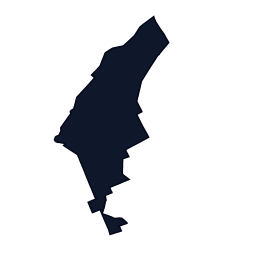 Manastirea, Calarasi, Romania (Natural Earth projection), rotated 246°
{"feature_id": "2599482B98336508905768", "entity_name": "Manastirea", "entity_type": "district", "adm_level": 2, "iso_a3": "ROU", "parent_name": "Romania", "parent_adm1": "Calarasi", "projection": "natural_earth1", "projection_center": [26.829, 44.21], "detail": "fine", "context": "isolated", "style": "filled", "palette": "ink", "viewbox_px": 256, "rotation_deg": 246, "n_neighbors": 0, "source": "geoboundaries", "source_scale": "gbopen_adm2", "svg_char_len": 4909}
<svg xmlns="http://www.w3.org/2000/svg" viewBox="0 0 256 256"><g transform="rotate(246 128 128)"><path d="M41.4,88.4L41.6,88.5L41.9,88.4L42.0,88.4L42.7,88.1L43.3,87.9L43.7,87.7L44.9,87.2L47.0,86.1L47.4,85.9L47.6,85.8L47.9,85.7L48.0,85.6L48.1,85.4L48.5,84.7L49.0,83.9L49.2,83.5L49.4,83.2L49.5,82.7L50.0,81.2L50.2,80.5L50.3,80.1L50.4,79.9L51.1,78.7L51.3,78.3L51.4,78.2L51.5,78.1L51.9,77.9L52.0,77.8L52.2,77.6L52.3,77.5L52.4,77.4L52.6,77.3L52.8,77.2L53.0,77.0L53.3,76.8L53.5,76.5L53.9,76.2L54.3,75.6L54.6,75.4L54.8,75.3L54.9,75.2L55.0,75.1L55.1,74.9L55.4,74.6L56.1,73.9L57.3,72.7L58.2,71.7L58.4,71.5L58.4,71.4L58.5,71.3L58.6,71.2L59.5,70.3L60.3,69.6L60.8,70.1L61.6,70.7L62.0,71.1L62.6,71.6L63.6,72.5L64.3,73.2L64.7,73.6L64.8,73.6L66.7,75.0L67.6,75.6L67.8,75.7L67.8,75.8L68.0,76.0L68.9,76.6L69.7,77.2L70.7,78.0L70.9,78.1L71.1,78.2L71.2,78.3L71.4,78.5L71.5,78.5L71.4,78.7L71.7,78.7L75.7,79.8L75.6,82.5L75.5,85.9L75.4,86.8L75.4,87.0L75.7,87.1L75.7,86.9L81.2,87.0L81.2,87.3L81.1,90.6L81.0,93.9L80.9,95.6L80.9,96.7L80.8,98.2L80.8,99.2L80.9,99.8L80.6,108.1L82.9,106.8L86.2,105.0L87.2,104.5L87.4,104.4L87.9,104.3L88.3,104.3L88.5,104.3L89.0,104.4L89.4,104.5L89.7,104.7L90.4,105.0L91.9,105.7L94.1,106.8L95.5,107.5L96.7,108.0L97.3,108.3L98.3,108.6L98.5,108.7L98.7,108.8L98.8,109.0L99.1,109.2L102.1,110.7L101.5,117.1L103.0,117.0L107.8,116.8L109.3,116.7L109.3,117.7L109.6,121.5L109.9,125.6L110.5,134.6L110.7,136.4L110.8,138.4L111.2,143.1L116.6,142.7L120.4,142.3L123.7,142.0L124.0,142.0L127.3,141.8L130.0,141.7L132.6,141.6L135.6,141.5L136.9,141.4L137.2,147.3L138.7,147.3L140.9,147.1L144.0,147.0L147.5,146.8L148.2,146.8L148.5,146.5L150.0,147.7L151.0,148.4L151.9,149.0L152.9,149.9L154.4,151.0L156.1,152.3L158.2,153.9L160.4,155.6L163.8,158.1L164.9,159.0L165.6,159.6L165.9,160.1L170.3,166.5L171.3,168.0L172.3,169.5L174.8,173.3L175.9,174.9L176.3,175.6L177.6,177.6L178.3,178.7L178.9,179.6L181.6,183.7L182.0,184.4L182.2,184.7L182.2,184.8L182.3,184.9L182.3,185.1L182.4,185.6L182.5,186.1L182.7,186.4L183.1,187.1L183.5,187.7L183.7,188.1L184.3,189.3L186.0,192.7L189.5,199.9L193.5,199.5L195.1,199.3L195.7,199.3L196.5,199.2L198.6,199.1L205.5,197.7L214.1,196.4L217.5,196.6L218.0,196.6L218.6,196.7L219.3,196.8L216.5,184.4L215.5,180.5L215.3,180.0L215.1,179.7L213.7,177.5L210.9,173.3L210.1,172.1L209.5,171.0L209.2,170.1L206.8,163.1L205.9,160.4L205.1,158.0L205.0,157.5L205.0,156.9L205.0,156.4L205.1,155.8L205.2,155.1L205.5,153.9L205.8,152.8L206.1,151.4L206.6,149.0L207.1,146.7L207.1,146.4L207.0,145.4L207.0,145.0L206.7,142.9L206.3,140.5L206.1,139.1L205.9,138.4L205.8,138.0L205.7,137.7L205.5,137.4L205.3,137.2L203.6,135.5L202.4,134.3L200.3,132.1L199.0,130.8L197.9,129.7L197.3,129.1L196.4,128.2L196.1,127.8L195.8,127.4L195.5,126.9L195.1,125.8L193.5,122.2L192.2,118.7L191.2,116.2L190.0,116.8L189.1,117.3L188.3,117.8L187.6,118.2L186.4,115.6L185.3,113.3L184.0,110.4L179.8,100.7L176.8,93.7L173.8,91.3L172.1,90.0L167.2,86.0L167.2,85.8L167.3,85.5L167.3,85.3L167.3,85.2L167.4,84.7L167.3,84.2L167.1,83.6L167.1,83.4L167.0,83.2L166.9,82.8L166.8,82.6L166.8,82.4L166.7,82.2L166.4,82.0L166.3,81.9L166.0,81.9L165.6,81.8L165.4,81.8L165.2,81.9L164.8,82.1L164.7,82.1L158.5,71.6L155.9,67.2L155.7,66.9L155.5,66.7L155.4,66.7L155.2,66.6L154.9,66.6L154.6,66.4L154.4,66.3L154.2,66.2L153.9,66.1L153.6,66.0L153.3,65.9L153.1,65.8L152.9,65.7L152.6,65.4L152.2,65.1L151.9,64.8L151.7,64.6L151.5,64.4L150.9,63.7L150.7,63.4L150.5,63.2L150.1,62.8L150.0,62.6L149.8,62.4L149.7,62.3L149.6,62.1L149.6,61.9L149.5,61.7L149.5,61.4L149.4,61.2L149.4,60.9L149.5,60.1L149.5,59.7L149.5,59.4L149.5,59.0L149.5,58.9L149.3,58.4L149.2,57.9L149.1,57.7L148.8,57.6L148.7,57.6L148.4,57.5L148.3,57.4L148.2,57.3L148.1,57.2L147.7,57.0L147.6,56.9L147.6,56.7L147.8,56.5L147.8,56.4L147.7,56.3L147.3,56.2L147.0,56.1L146.7,56.1L146.2,56.1L145.8,56.2L145.6,56.2L145.3,56.4L145.1,56.5L144.9,56.6L144.7,56.7L144.6,56.8L144.4,57.1L144.2,57.2L144.1,57.3L143.9,57.5L143.7,57.8L143.5,58.1L143.2,58.7L143.0,58.9L142.9,59.1L142.6,59.8L142.5,60.0L142.4,60.2L141.8,60.7L141.7,60.8L141.5,61.0L141.4,61.3L141.0,62.0L140.9,62.2L140.7,62.6L140.6,62.8L140.4,62.9L140.2,63.1L139.9,63.3L139.3,63.6L139.1,63.7L139.0,63.8L138.9,63.8L138.8,63.7L138.7,63.5L138.7,63.4L138.6,63.2L138.5,62.9L138.3,62.4L138.2,62.1L124.2,71.1L122.0,71.0L120.7,71.1L120.0,71.1L119.5,71.0L119.2,71.0L118.8,70.9L117.8,70.9L115.1,70.8L114.7,70.8L113.5,70.8L111.8,70.7L110.4,70.7L110.0,70.7L108.9,70.7L107.1,70.6L104.7,70.6L104.2,70.5L103.2,70.4L102.1,70.4L101.3,70.4L100.7,70.3L100.0,70.3L99.2,70.3L98.6,70.3L97.3,70.3L93.7,70.1L90.1,70.0L86.5,70.0L84.7,69.9L81.9,69.8L79.1,69.7L77.1,69.7L76.3,69.7L76.1,69.7L76.3,66.0L76.3,63.6L76.3,61.4L65.2,61.1L65.1,62.3L64.9,69.3L60.8,69.3L58.7,69.2L57.7,69.2L56.3,69.2L54.4,69.1L52.4,69.1L47.7,69.1L46.3,69.0L43.9,69.1L42.6,69.0L38.1,68.3L37.9,69.8L37.7,71.2L37.4,74.3L37.3,75.3L37.0,77.1L36.8,79.2L36.7,80.0L42.1,80.1L42.0,81.0L41.5,86.7L41.4,88.4Z" fill="#0f172a" stroke="#020617" stroke-width="1.5"/></g></svg>